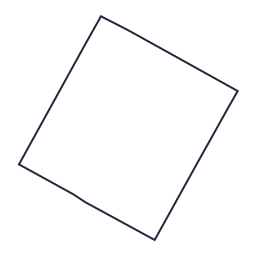 the district of Lincoln, Wisconsin, United States of America, rotated 299°
{"feature_id": "52423323B27188266826921", "entity_name": "Lincoln", "entity_type": "district", "adm_level": 2, "iso_a3": "USA", "parent_name": "United States of America", "parent_adm1": "Wisconsin", "projection": "equal_earth", "projection_center": [-89.718, 45.337], "detail": "fine", "context": "isolated", "style": "outline", "palette": "slate", "viewbox_px": 256, "rotation_deg": 299, "n_neighbors": 0, "source": "geoboundaries", "source_scale": "gbopen_adm2", "svg_char_len": 301}
<svg xmlns="http://www.w3.org/2000/svg" viewBox="0 0 256 256"><g transform="rotate(299 128 128)"><path d="M213.5,206.0L213.6,81.6L212.6,50.2L179.5,50.0L43.3,50.3L43.5,112.0L42.4,126.9L43.0,205.6L64.8,205.6L130.4,205.6L195.2,205.8L213.5,206.0Z" fill="none" stroke="#1e293b" stroke-width="2"/></g></svg>